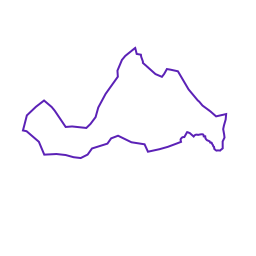 outline of Cenxer, Arhangay, Mongolia, rotated 239°
{"feature_id": "93677404B83456486542542", "entity_name": "Cenxer", "entity_type": "district", "adm_level": 2, "iso_a3": "MNG", "parent_name": "Mongolia", "parent_adm1": "Arhangay", "projection": "mercator", "projection_center": [101.504, 47.228], "detail": "fine", "context": "isolated", "style": "outline", "palette": "violet", "viewbox_px": 256, "rotation_deg": 239, "n_neighbors": 0, "source": "geoboundaries", "source_scale": "gbopen_adm2", "svg_char_len": 1650}
<svg xmlns="http://www.w3.org/2000/svg" viewBox="0 0 256 256"><g transform="rotate(239 128 128)"><path d="M192.9,175.4L192.9,175.1L191.2,162.8L189.5,157.9L182.6,148.5L177.2,145.7L168.8,126.4L160.9,113.1L154.0,105.8L150.8,97.9L149.5,92.3L158.1,80.9L161.0,75.1L180.5,74.1L185.3,73.4L194.8,70.2L193.6,60.0L190.9,47.8L183.8,40.6L180.0,36.7L177.5,39.4L162.1,44.5L148.3,42.5L144.6,49.4L142.6,53.2L136.9,60.7L131.0,66.3L126.6,72.0L126.0,79.7L129.0,86.6L127.2,94.0L125.2,102.3L127.8,108.2L126.5,115.5L114.0,123.6L105.5,133.8L97.4,132.9L93.5,144.4L93.5,144.5L91.4,152.2L91.3,152.6L89.4,162.9L89.4,163.0L88.8,166.3L90.6,166.9L91.1,167.2L91.5,167.8L91.8,168.7L92.0,169.4L92.0,169.9L91.7,170.8L91.2,171.6L94.0,176.5L93.7,176.9L92.7,177.7L92.3,177.9L91.9,178.3L86.9,179.9L87.4,181.2L87.4,182.2L87.3,182.7L86.8,183.7L86.0,184.5L85.6,185.7L85.0,187.3L84.5,188.2L84.0,188.9L83.1,189.1L81.8,188.6L81.1,189.9L79.3,189.1L78.5,189.1L77.9,189.2L76.9,189.4L76.2,189.9L75.7,190.3L75.1,190.7L74.5,191.1L73.6,191.0L73.0,191.0L72.7,191.5L72.5,192.0L71.8,192.1L71.4,191.9L70.9,191.9L70.3,191.9L69.8,192.0L69.1,191.9L68.6,191.7L68.1,191.7L67.6,192.0L66.7,191.7L65.7,191.2L65.1,191.4L64.0,191.7L63.2,192.1L62.9,192.4L62.8,192.7L62.7,193.2L62.1,194.1L61.2,195.4L61.5,196.1L61.5,197.0L61.8,198.7L67.7,202.2L70.1,205.8L73.0,207.1L78.0,209.0L80.7,211.5L85.0,216.1L89.4,219.3L92.6,209.5L99.4,207.3L99.5,207.3L108.9,203.4L114.0,202.6L115.7,202.0L129.9,199.8L150.9,200.0L155.8,194.8L156.0,194.6L158.5,191.7L155.7,186.8L154.4,183.4L160.1,179.3L167.5,177.0L176.1,174.3L177.3,175.0L182.3,176.0L184.2,176.8L187.0,173.6L192.9,175.4Z" fill="none" stroke="#5b21b6" stroke-width="2"/></g></svg>